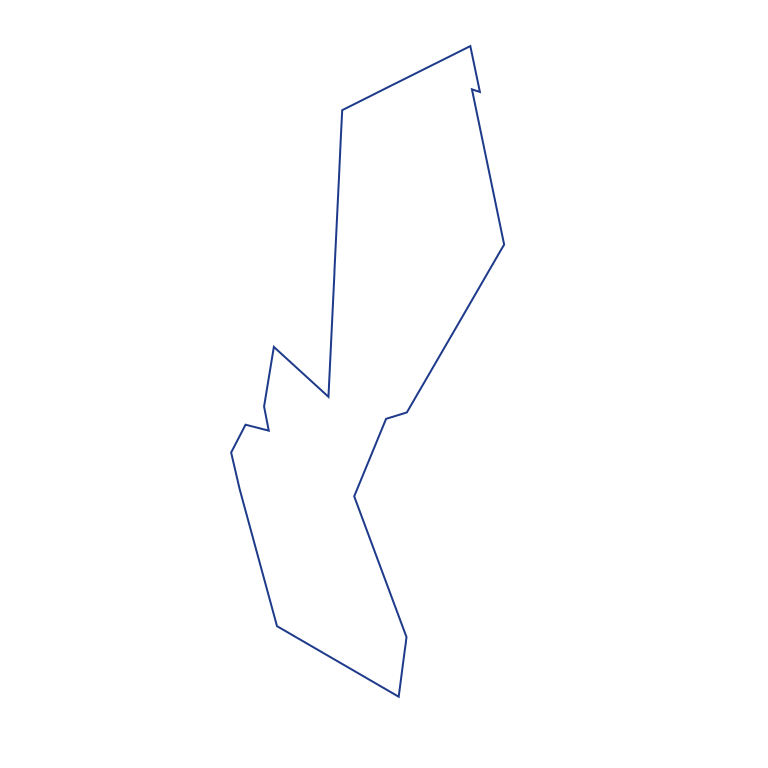 the district of Flores do Piauí, Piauí, Brazil, rotated 166°
{"feature_id": "56859067B16449263184435", "entity_name": "Flores do Piauí", "entity_type": "district", "adm_level": 2, "iso_a3": "BRA", "parent_name": "Brazil", "parent_adm1": "Piauí", "projection": "equal_earth", "projection_center": [-42.859, -7.648], "detail": "fine", "context": "isolated", "style": "outline", "palette": "blue", "viewbox_px": 768, "rotation_deg": 166, "n_neighbors": 0, "source": "geoboundaries", "source_scale": "gbopen_adm2", "svg_char_len": 537}
<svg xmlns="http://www.w3.org/2000/svg" viewBox="0 0 768 768"><g transform="rotate(166 384 384)"><path d="M549.5,317.1L546.4,174.9L445.4,77.0L429.1,118.5L426.0,126.2L423.4,133.0L440.1,282.2L390.4,349.7L368.7,350.9L333.5,387.2L297.6,424.2L239.4,484.4L233.7,490.2L230.9,559.8L227.4,648.6L220.3,644.2L218.5,691.0L305.3,671.7L358.3,659.8L366.2,633.8L378.3,593.3L381.1,584.1L404.3,507.1L405.8,501.8L441.0,385.0L481.9,446.6L505.8,391.2L507.1,366.6L528.2,378.0L548.9,354.5L549.5,317.1Z" fill="none" stroke="#1e3a8a" stroke-width="2"/></g></svg>